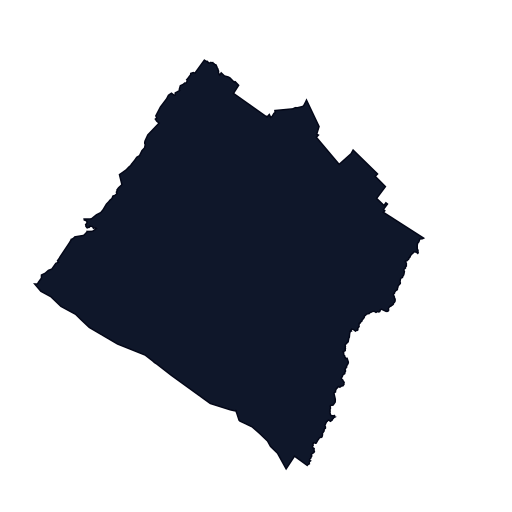 the district of Belgrano, San Luis, Argentina, rotated 216°
{"feature_id": "61730980B87239881423217", "entity_name": "Belgrano", "entity_type": "district", "adm_level": 2, "iso_a3": "ARG", "parent_name": "Argentina", "parent_adm1": "San Luis", "projection": "natural_earth1", "projection_center": [-66.853, -32.771], "detail": "fine", "context": "isolated", "style": "filled", "palette": "ink", "viewbox_px": 512, "rotation_deg": 216, "n_neighbors": 0, "source": "geoboundaries", "source_scale": "gbopen_adm2", "svg_char_len": 6106}
<svg xmlns="http://www.w3.org/2000/svg" viewBox="0 0 512 512"><g transform="rotate(216 256 256)"><path d="M130.9,369.0L178.7,366.2L178.4,368.3L180.3,368.5L180.2,375.3L182.2,375.4L182.2,372.1L192.3,373.5L192.1,388.2L206.4,390.5L205.9,393.8L239.7,398.8L239.2,394.6L242.6,379.0L277.0,387.5L276.6,390.5L278.5,390.2L281.1,397.8L306.8,411.8L306.4,409.9L305.8,405.7L306.0,404.8L306.4,404.1L309.6,400.3L311.4,399.1L312.7,396.7L326.2,384.8L324.7,383.2L325.2,382.4L325.3,381.9L325.0,378.5L325.5,376.7L328.4,378.3L328.8,375.1L329.6,375.1L329.6,374.8L369.8,374.3L370.4,383.9L375.3,384.8L375.5,384.7L375.3,383.8L375.5,383.7L381.8,384.8L383.8,384.5L387.4,383.1L391.8,383.7L391.5,381.0L392.4,381.0L392.9,381.6L394.1,382.2L394.6,382.8L394.9,383.6L395.9,384.0L396.5,384.8L398.3,385.5L398.6,385.9L400.8,387.1L401.6,386.8L402.1,386.4L402.8,386.9L404.1,386.7L404.6,387.1L405.4,386.4L406.4,386.0L406.5,385.3L407.0,385.0L407.5,384.2L408.0,384.2L408.4,384.6L409.8,384.4L409.8,384.8L410.1,384.8L410.5,384.2L412.9,384.1L412.9,368.0L414.5,367.6L416.1,365.4L415.3,363.8L415.5,362.5L415.5,359.5L415.7,357.9L415.1,357.8L414.4,356.8L414.2,354.7L415.3,354.1L415.8,352.0L417.3,349.3L416.0,345.7L415.0,345.1L417.2,340.5L416.0,338.7L416.7,337.9L420.1,338.0L421.3,334.6L420.7,330.7L420.9,320.4L419.4,310.5L417.3,309.3L417.9,307.6L415.4,306.7L412.5,306.6L414.7,290.4L413.4,283.9L412.8,282.5L412.0,281.5L411.1,281.1L409.7,278.0L410.2,274.3L409.2,268.7L410.5,265.8L410.4,262.0L410.7,256.7L410.2,256.6L411.1,253.5L411.7,249.2L414.3,241.6L406.4,234.9L407.3,230.4L407.3,227.7L406.6,227.7L406.5,225.6L405.1,224.8L405.7,222.2L407.0,220.4L406.3,217.8L407.0,215.2L407.0,213.5L407.5,210.1L406.9,203.5L407.1,199.9L409.3,195.6L411.0,189.3L411.4,189.1L411.5,188.7L416.8,184.9L416.1,184.2L414.5,184.7L412.9,184.5L412.6,184.1L412.1,182.8L412.3,181.3L411.6,180.9L411.3,180.2L409.4,179.5L409.0,179.6L408.6,180.4L407.8,181.1L407.8,181.4L408.0,182.1L407.9,182.7L407.4,182.6L405.7,183.8L403.8,182.9L403.4,183.6L402.8,184.0L402.0,184.5L401.4,184.5L402.0,181.9L402.7,180.1L403.2,179.5L407.1,176.6L406.9,176.4L406.9,175.4L407.5,171.4L413.8,165.0L414.0,163.5L414.6,161.8L415.3,160.8L415.0,160.2L414.7,157.1L414.0,139.9L413.8,138.7L413.8,135.5L412.1,134.8L413.6,132.4L413.5,125.4L415.5,122.4L416.4,118.2L418.4,114.5L416.6,112.0L416.6,107.0L416.4,105.2L416.8,104.5L418.6,103.3L409.3,101.0L398.0,102.5L384.2,100.6L367.6,102.8L360.4,101.7L348.9,100.2L316.3,103.4L287.4,110.7L277.9,110.4L275.5,110.1L272.9,110.3L254.4,109.7L206.3,109.8L186.5,116.4L182.3,118.2L181.5,119.2L181.1,119.3L180.7,118.4L179.8,118.0L173.2,113.2L172.0,113.0L158.7,115.5L148.8,114.6L137.9,113.1L132.4,110.5L122.7,109.1L106.5,101.5L107.2,116.7L91.5,116.7L91.5,117.4L90.7,119.3L91.2,119.6L91.9,121.0L91.5,122.3L92.5,122.2L92.8,122.4L93.1,123.3L92.9,124.9L93.4,125.5L93.2,126.0L93.3,126.9L93.5,127.2L94.5,127.7L94.7,128.1L93.8,130.8L93.9,131.4L93.7,131.6L93.7,132.0L95.0,133.0L95.8,134.4L96.1,134.4L96.5,134.1L97.1,134.4L98.1,134.6L98.6,136.1L98.5,136.5L99.4,137.1L99.4,137.9L99.7,138.2L99.8,138.6L99.4,139.0L97.8,139.5L97.4,139.8L97.5,141.5L97.8,143.5L97.6,144.3L97.9,145.2L97.5,146.8L97.1,147.3L96.6,147.6L96.3,148.5L97.1,150.5L98.0,151.3L98.1,154.6L98.5,154.7L98.9,155.4L98.9,156.8L98.6,157.4L99.3,158.5L100.7,159.3L101.5,163.3L101.2,164.2L101.2,165.2L100.8,166.0L98.6,166.0L98.4,166.4L98.3,167.8L98.0,167.9L98.0,168.5L98.4,169.3L98.0,170.0L98.2,170.6L97.6,171.9L97.8,171.8L97.9,172.4L98.4,172.9L98.9,173.0L99.6,171.9L100.2,171.8L101.0,171.1L102.5,171.4L104.3,172.9L104.6,173.7L106.0,175.4L106.1,176.3L106.8,177.2L107.8,178.1L107.7,179.4L107.0,179.6L106.0,180.8L106.1,184.4L107.4,186.4L108.2,187.2L112.0,190.5L112.4,191.2L111.8,192.8L112.5,193.7L113.1,196.3L112.6,197.1L112.9,198.3L112.5,198.9L112.1,198.8L111.2,199.1L110.7,199.8L110.7,200.7L110.1,201.3L110.0,201.7L109.4,202.0L109.4,203.9L110.1,204.5L110.2,205.3L110.9,205.8L111.7,205.8L112.7,206.6L114.1,206.7L115.1,207.2L115.3,207.7L115.3,209.1L115.8,210.7L115.6,211.9L115.1,212.7L115.3,213.5L115.8,213.7L115.8,215.2L116.3,215.6L116.3,215.9L117.6,216.6L117.3,217.2L117.3,217.8L117.6,218.2L117.7,218.6L117.4,219.4L118.0,219.8L117.9,220.2L118.2,220.8L118.1,222.0L118.4,222.4L118.3,223.1L118.9,224.4L122.2,226.8L123.4,225.7L124.0,226.3L124.6,226.2L125.3,227.2L127.1,227.7L128.2,229.3L129.2,229.5L129.6,229.9L129.3,230.3L129.0,230.4L128.3,231.5L128.3,232.1L129.5,233.6L129.4,233.9L130.2,234.5L130.4,235.3L131.6,236.4L131.8,237.0L131.2,238.5L131.7,239.2L131.6,239.5L131.2,239.9L131.0,240.7L132.6,244.0L132.8,245.2L134.7,248.4L135.1,249.6L135.4,250.1L135.3,250.7L134.7,251.4L135.0,251.6L135.7,251.6L135.6,253.2L133.9,253.8L131.4,253.7L131.2,254.6L130.4,255.3L130.2,255.8L130.2,256.2L131.0,256.8L131.1,257.3L131.1,259.5L132.0,260.4L132.3,261.2L132.8,261.8L132.9,262.5L132.4,262.8L132.3,263.4L132.6,264.2L132.1,265.4L132.2,266.0L132.8,267.2L132.3,268.0L132.3,268.6L132.4,270.1L133.0,270.8L132.8,271.2L133.0,271.7L132.5,272.5L132.6,273.6L131.4,275.3L130.7,275.8L130.7,276.9L130.0,277.9L129.1,279.7L127.8,280.8L125.8,280.9L125.2,282.2L124.9,282.6L123.8,282.9L123.3,283.7L123.4,284.5L123.8,285.4L123.3,286.7L118.1,287.7L117.0,288.6L116.7,289.6L116.9,290.2L118.0,291.3L118.2,292.4L118.1,293.8L117.4,294.5L117.3,295.7L116.9,296.3L116.7,297.0L116.6,297.8L117.1,298.6L116.8,299.9L117.0,301.3L118.2,303.0L119.0,303.1L120.0,304.2L121.9,305.3L122.5,306.3L122.1,307.2L122.5,307.7L122.6,310.0L121.9,311.8L122.3,312.7L122.7,313.1L122.9,314.3L123.3,314.8L123.4,316.2L123.1,318.5L123.4,319.1L124.1,319.6L124.5,320.1L125.6,322.3L125.6,323.9L124.9,324.7L125.3,325.6L125.4,327.4L125.7,328.3L126.9,330.8L128.2,331.4L128.5,332.0L128.0,334.1L128.8,335.1L128.5,335.9L128.5,336.4L129.1,336.9L129.7,338.1L130.5,338.7L131.7,339.0L132.1,339.4L131.1,340.9L131.0,342.1L130.7,342.7L130.7,343.7L131.3,344.4L130.9,345.1L130.8,346.0L131.2,346.5L131.2,348.8L130.7,350.5L130.9,351.9L130.7,352.3L129.6,352.7L128.8,353.4L126.7,353.2L126.7,354.0L127.3,354.3L128.0,355.5L128.9,356.2L129.8,356.6L132.3,360.1L132.4,360.8L132.8,361.1L132.6,363.1L132.8,363.5L132.8,364.0L133.1,364.8L133.6,365.5L133.5,365.9L131.5,367.8L130.9,369.0Z" fill="#0f172a" stroke="#020617" stroke-width="1.5"/></g></svg>